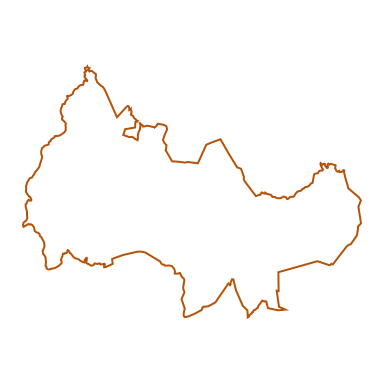 the district of Tetipac, Guerrero, Mexico
{"feature_id": "50627088B33234056869880", "entity_name": "Tetipac", "entity_type": "district", "adm_level": 2, "iso_a3": "MEX", "parent_name": "Mexico", "parent_adm1": "Guerrero", "projection": "natural_earth1", "projection_center": [-99.695, 18.659], "detail": "fine", "context": "isolated", "style": "outline", "palette": "amber", "viewbox_px": 384, "rotation_deg": 0, "n_neighbors": 0, "source": "geoboundaries", "source_scale": "gbopen_adm2", "svg_char_len": 5849}
<svg xmlns="http://www.w3.org/2000/svg" viewBox="0 0 384 384"><path d="M23.6,222.6L23.4,223.5L23.0,224.3L23.1,224.9L23.2,226.4L23.7,226.9L25.3,225.7L26.9,225.1L27.3,224.5L28.6,224.1L29.7,224.6L30.0,224.3L30.3,224.5L30.9,224.3L31.7,224.8L32.1,224.9L34.0,227.2L34.3,228.0L34.5,230.7L35.5,231.7L37.1,232.6L38.1,232.7L39.5,234.0L39.8,234.9L39.8,235.8L41.3,237.1L44.2,242.6L44.2,244.1L44.6,246.1L42.7,251.2L42.9,252.4L43.2,254.0L44.3,255.1L45.3,256.8L45.6,258.1L46.0,261.9L45.6,265.5L45.7,266.4L46.5,267.0L46.5,268.1L46.7,268.6L48.1,269.4L49.1,269.4L55.0,268.0L58.5,266.1L61.5,263.3L61.6,261.2L60.9,260.0L61.2,259.5L61.8,257.3L62.4,256.4L62.9,253.7L64.2,253.8L64.5,253.7L65.0,253.1L65.8,253.3L66.5,253.0L66.9,252.6L67.5,250.4L67.7,250.1L68.6,250.6L69.7,252.7L70.1,253.2L70.6,253.3L73.8,257.4L75.0,258.1L78.8,259.4L80.4,260.8L83.1,262.2L84.4,262.5L84.7,259.9L85.6,259.2L85.8,258.4L86.1,258.0L86.7,257.9L86.9,259.0L86.4,261.6L86.6,263.1L87.2,263.6L88.9,264.2L90.7,265.4L91.8,265.7L93.6,264.9L94.7,263.4L97.4,264.0L99.5,263.3L99.8,263.4L100.3,264.3L100.8,264.6L102.1,264.1L103.1,264.3L104.1,263.7L104.7,264.0L104.9,264.6L103.9,266.5L104.2,267.3L105.6,267.1L112.7,263.9L112.1,259.0L114.6,258.0L123.0,255.0L137.3,251.7L140.7,251.6L145.1,252.4L160.1,261.4L161.3,263.6L162.6,264.6L163.7,264.6L165.1,265.7L169.1,265.5L171.8,266.0L174.0,268.6L174.6,269.9L174.9,271.5L174.8,273.6L178.0,273.6L180.0,273.0L181.7,276.7L183.8,278.6L184.4,280.1L183.2,287.1L183.4,289.5L184.3,291.5L184.3,292.7L181.5,299.1L184.7,308.4L183.8,312.8L183.6,314.6L184.1,316.6L184.8,317.1L188.5,316.4L195.5,313.3L201.5,310.0L202.6,308.0L202.4,307.7L203.2,306.8L208.3,306.3L215.4,302.4L228.4,283.5L230.0,285.2L230.5,284.7L230.7,282.1L232.1,279.2L233.3,279.4L236.1,290.6L239.3,297.8L242.8,305.9L247.4,310.3L247.8,317.4L249.1,316.6L249.6,314.9L251.6,313.6L252.2,312.2L253.0,312.1L253.5,310.8L253.9,310.5L254.1,310.0L255.5,309.7L256.6,308.4L257.7,308.0L257.7,307.5L258.2,306.6L258.4,305.7L260.5,303.2L261.0,302.2L261.7,301.6L262.2,300.6L264.6,301.6L265.2,301.2L266.3,301.5L267.9,308.1L278.0,310.3L285.3,309.6L279.0,306.8L276.7,290.7L278.6,291.1L278.4,272.2L317.4,261.2L329.4,265.2L330.3,265.0L331.5,263.8L332.8,264.4L346.7,246.4L348.8,244.8L350.8,244.2L356.8,235.6L358.0,229.1L357.8,226.8L361.0,223.4L358.4,206.8L360.9,200.4L359.0,197.4L348.3,188.3L347.3,184.4L345.8,179.5L343.9,171.7L344.3,170.5L343.8,170.1L343.2,170.2L342.4,171.5L340.7,172.0L339.8,172.1L339.2,170.9L338.0,171.8L337.4,171.7L336.3,170.6L335.1,168.1L335.6,165.3L335.2,165.1L330.4,163.8L329.3,164.6L328.7,164.5L328.2,163.8L327.5,164.5L327.9,167.6L327.2,168.1L326.5,167.4L325.2,165.7L324.9,164.0L324.0,163.7L322.5,164.7L320.7,163.1L320.4,163.8L320.8,165.6L322.2,168.2L323.1,169.5L322.4,170.5L320.8,170.6L319.3,170.9L318.7,171.7L318.0,173.1L314.4,173.9L313.8,175.9L312.8,181.7L312.5,182.9L311.1,183.4L308.9,185.8L307.5,186.8L305.7,186.9L304.5,187.6L303.9,188.5L302.4,188.9L301.1,190.6L298.3,191.3L296.8,192.2L295.3,194.1L294.0,196.4L292.9,196.8L290.8,196.8L289.9,197.1L288.9,198.3L287.7,199.0L287.2,199.1L286.0,197.4L284.5,196.7L283.3,196.6L280.9,198.1L279.1,198.3L276.7,198.0L274.8,197.0L272.3,196.9L271.9,195.9L270.7,194.8L266.9,193.9L265.2,192.6L264.8,193.6L264.6,193.6L263.8,193.5L262.0,192.4L261.2,193.0L260.7,193.7L260.7,194.5L260.2,194.9L259.1,194.9L255.9,196.1L244.8,181.4L243.7,179.2L243.9,176.8L241.0,168.7L237.2,167.4L228.4,153.1L220.5,139.3L212.9,142.0L206.3,144.7L197.9,163.3L187.9,162.0L185.0,162.6L180.2,161.9L172.1,161.3L165.6,150.1L166.3,148.0L166.2,147.3L166.5,145.2L164.1,142.6L163.0,139.8L164.7,134.8L167.0,129.7L166.9,128.5L166.4,126.3L164.1,125.0L162.7,124.6L158.8,124.0L158.0,123.7L157.6,124.1L157.2,125.0L156.7,125.1L156.4,126.0L154.6,127.5L154.4,127.2L151.2,126.6L150.1,126.2L146.9,125.7L145.2,126.3L143.3,126.5L143.4,126.1L142.9,125.6L141.4,124.7L140.0,123.1L139.8,123.1L140.2,124.2L140.2,124.7L140.5,125.0L140.5,126.4L140.1,127.0L140.2,127.6L139.9,128.3L140.1,128.7L139.8,129.9L138.8,131.4L138.1,133.8L138.3,134.3L137.8,135.3L137.9,138.2L137.5,140.2L134.6,138.6L132.4,136.9L129.2,137.1L123.3,135.0L125.2,129.2L135.1,127.5L135.4,122.0L137.1,121.7L137.6,120.8L136.8,120.7L136.1,120.2L135.7,119.2L134.7,118.6L133.6,117.5L133.4,116.2L131.0,114.7L131.3,113.5L131.1,113.5L131.5,111.9L131.4,111.5L131.5,111.0L130.5,109.8L130.7,108.9L129.3,109.9L129.3,108.7L128.9,106.9L128.7,106.5L128.0,106.0L127.0,106.3L117.0,117.3L105.3,90.8L103.2,87.3L99.0,84.1L98.2,83.0L97.4,82.6L95.5,77.9L95.9,76.3L95.9,74.2L91.9,71.0L91.3,70.9L89.7,71.1L89.4,71.4L88.6,70.3L87.9,70.0L89.2,69.1L89.5,68.2L88.6,68.2L88.3,67.6L87.6,67.1L87.4,66.6L87.2,67.0L86.6,67.5L84.9,67.9L85.0,69.0L86.3,70.9L86.0,71.6L84.7,72.0L84.4,72.4L85.2,75.3L84.6,75.6L84.4,76.5L84.6,77.0L86.8,79.8L87.2,80.5L87.1,81.0L86.3,81.1L85.8,80.8L85.7,80.4L85.3,80.3L84.7,80.4L84.2,80.7L83.5,82.9L83.5,84.1L82.9,84.9L80.4,85.2L78.7,86.5L77.5,88.4L75.2,89.1L74.0,90.5L73.3,91.9L72.7,93.9L72.0,94.5L69.7,95.8L68.4,96.1L67.4,95.9L67.0,96.1L67.8,98.4L65.4,101.5L64.6,104.0L63.5,103.9L62.6,104.3L62.2,105.3L62.1,106.3L61.1,108.2L60.6,111.1L60.9,112.9L61.9,115.4L62.5,116.1L62.7,116.9L62.1,117.8L62.0,118.8L62.1,119.5L64.6,121.8L65.8,123.4L65.8,124.2L65.4,125.2L65.7,126.2L65.7,130.4L64.3,132.4L61.5,134.4L58.9,135.8L55.0,136.1L54.6,136.3L54.6,136.9L54.2,137.6L51.5,139.2L50.8,139.9L50.6,141.2L49.4,141.6L48.8,142.4L48.8,143.7L48.6,144.6L45.6,145.4L44.2,146.2L42.0,148.2L41.2,151.4L41.2,153.5L41.4,154.7L42.1,155.8L42.2,157.0L42.0,158.1L39.9,164.4L39.4,166.8L36.6,170.6L35.1,172.2L34.6,172.9L34.4,174.1L33.0,175.7L32.0,177.5L29.9,178.2L29.5,178.6L27.6,181.6L27.1,182.6L26.7,184.4L26.0,186.3L26.2,188.0L25.9,191.5L26.3,192.5L29.1,196.6L29.8,196.6L30.9,198.4L31.3,199.5L31.3,200.2L31.2,200.5L29.9,200.6L28.7,199.8L27.8,200.7L26.3,204.0L25.6,204.3L25.7,207.1L27.0,211.5L27.0,215.5L27.3,217.4L27.3,218.2L26.3,220.4L23.6,222.6Z" fill="none" stroke="#b45309" stroke-width="2"/></svg>